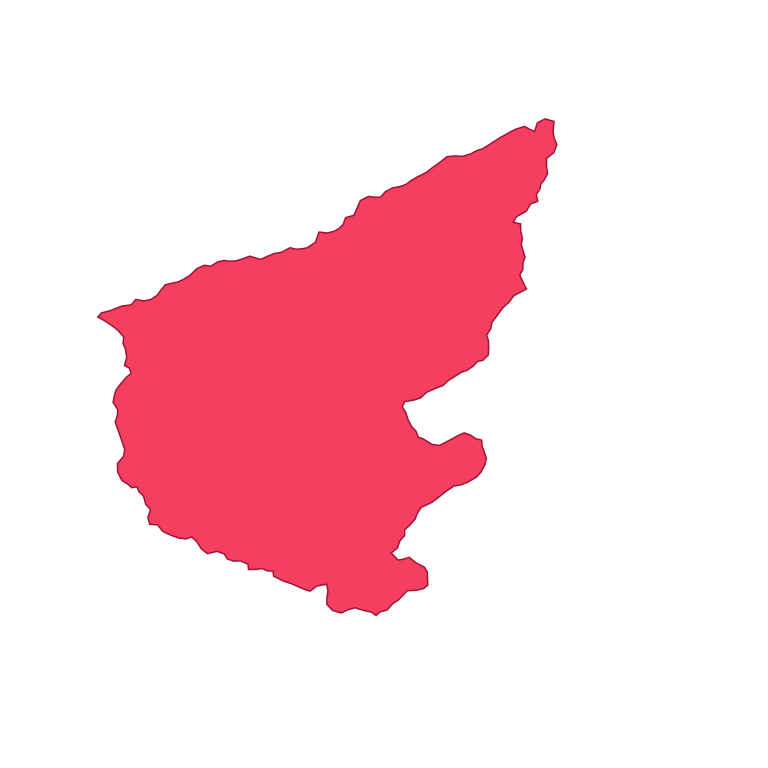 the district of Araucária, Paraná, Brazil, rotated 241°
{"feature_id": "56859067B5801785270412", "entity_name": "Araucária", "entity_type": "district", "adm_level": 2, "iso_a3": "BRA", "parent_name": "Brazil", "parent_adm1": "Paraná", "projection": "albers", "projection_center": [-49.447, -25.635], "detail": "fine", "context": "isolated", "style": "filled", "palette": "rose", "viewbox_px": 768, "rotation_deg": 241, "n_neighbors": 0, "source": "geoboundaries", "source_scale": "gbopen_adm2", "svg_char_len": 3195}
<svg xmlns="http://www.w3.org/2000/svg" viewBox="0 0 768 768"><g transform="rotate(241 384 384)"><path d="M526.1,166.0L521.3,169.0L515.8,167.9L514.8,161.8L511.8,153.7L508.7,146.6L503.9,141.9L499.4,138.2L490.3,138.6L485.3,135.2L481.2,130.5L474.4,129.3L467.4,128.2L458.7,126.6L452.2,125.4L446.9,120.9L443.6,112.2L436.0,108.3L426.7,108.0L420.1,111.6L415.6,113.1L413.9,118.1L408.6,117.5L402.3,119.3L394.4,117.3L387.3,118.9L381.8,112.8L375.0,111.1L370.4,117.8L362.8,118.9L358.3,121.8L353.8,125.4L348.7,129.9L344.5,135.7L343.5,141.6L336.9,143.8L328.3,144.4L321.2,147.3L318.5,157.0L312.6,162.0L306.9,162.1L302.0,166.6L299.1,172.5L292.2,177.7L287.5,175.5L283.6,182.8L281.7,188.0L277.3,191.2L274.1,196.2L269.5,194.3L265.5,197.0L260.1,200.7L253.2,207.1L246.9,211.8L242.9,214.9L238.7,218.9L239.8,227.5L236.6,236.8L230.0,234.5L224.9,230.6L218.9,227.2L210.7,229.3L204.5,235.6L204.0,243.2L202.3,250.2L194.9,257.4L190.4,262.5L185.3,264.8L186.6,269.8L184.8,277.0L187.7,285.2L188.1,291.8L189.7,297.2L191.9,304.1L187.9,312.3L185.9,319.5L186.9,324.8L194.0,328.4L198.5,330.7L204.3,330.5L211.9,325.4L220.2,322.0L221.4,316.1L223.2,310.9L227.7,309.8L232.8,308.3L234.1,316.4L239.1,321.7L241.4,328.5L246.5,331.4L248.3,339.1L250.9,346.0L254.4,349.9L258.0,356.6L257.6,363.7L257.3,368.9L258.3,376.0L259.9,385.1L260.9,395.5L258.5,402.6L257.5,410.3L257.8,419.8L260.1,426.5L264.6,433.3L269.4,437.5L275.0,438.5L282.1,439.7L287.6,442.2L291.6,437.7L297.4,434.9L302.4,430.4L303.0,424.3L303.0,416.5L303.4,402.7L307.7,396.9L317.2,391.5L320.9,388.2L327.2,389.1L332.9,387.6L341.0,387.7L348.8,389.3L355.0,388.8L358.6,393.5L355.5,402.2L354.1,409.2L356.1,417.2L355.3,426.3L354.1,434.9L355.8,441.3L356.3,449.5L356.8,457.2L355.7,463.2L356.3,470.2L358.4,476.8L356.8,481.9L358.9,489.4L365.2,493.3L371.3,496.4L376.8,497.3L380.8,504.3L385.4,508.1L388.6,515.1L393.0,524.6L394.9,532.8L398.3,540.3L398.2,547.1L398.0,554.8L403.6,554.8L413.4,555.5L416.9,561.0L422.7,564.3L426.6,568.9L439.3,571.6L444.0,575.5L452.0,578.0L457.9,581.1L462.6,575.5L466.0,580.5L466.2,592.3L470.5,599.6L469.2,607.1L476.0,609.1L478.8,614.7L482.8,618.0L484.8,623.1L488.6,629.0L495.7,631.7L502.6,635.6L504.0,644.8L509.7,651.3L516.0,651.9L522.3,653.9L531.2,660.0L537.7,653.5L538.2,644.9L531.9,638.2L536.2,634.8L541.0,632.0L543.0,623.0L543.2,616.7L543.2,606.0L542.7,597.9L542.3,591.6L542.0,583.9L543.2,578.0L543.2,571.6L545.0,563.0L549.0,556.8L552.3,549.3L550.8,540.4L549.6,530.0L548.6,523.6L549.0,512.9L548.8,506.5L547.9,500.0L549.0,493.6L551.4,486.4L551.6,478.5L549.1,471.5L551.4,467.1L555.6,461.3L555.9,452.3L550.6,445.3L546.1,439.4L548.1,431.1L543.4,425.6L541.8,419.9L541.8,414.2L543.6,407.6L548.4,400.8L541.2,392.7L540.4,382.7L542.1,377.6L544.4,372.6L548.7,367.9L548.9,358.3L551.2,351.6L552.2,344.1L552.8,336.5L557.0,332.3L560.8,328.7L562.1,320.9L563.4,314.4L566.4,308.2L569.7,303.9L571.4,297.7L571.0,289.6L575.0,284.3L575.7,276.1L573.2,267.5L572.7,259.1L573.2,253.2L575.4,246.0L576.8,240.9L574.3,234.3L571.7,229.1L570.9,221.3L573.0,214.3L578.3,208.0L575.8,201.2L579.1,192.9L581.1,179.1L583.2,171.3L581.3,166.1L574.6,170.4L565.5,175.0L559.2,177.5L551.1,179.1L546.0,175.4L540.2,174.9L531.9,171.8L526.1,166.0Z" fill="#f43f5e" stroke="#9f1239" stroke-width="1.5"/></g></svg>